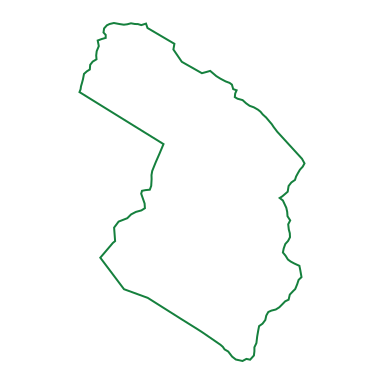 Girau do Ponciano, Alagoas, Brazil (Albers equal-area conic projection)
{"feature_id": "56859067B72153496199233", "entity_name": "Girau do Ponciano", "entity_type": "district", "adm_level": 2, "iso_a3": "BRA", "parent_name": "Brazil", "parent_adm1": "Alagoas", "projection": "albers", "projection_center": [-36.839, -9.793], "detail": "fine", "context": "isolated", "style": "outline", "palette": "green", "viewbox_px": 384, "rotation_deg": 0, "n_neighbors": 0, "source": "geoboundaries", "source_scale": "gbopen_adm2", "svg_char_len": 1947}
<svg xmlns="http://www.w3.org/2000/svg" viewBox="0 0 384 384"><path d="M297.2,284.2L298.6,279.9L301.5,277.1L300.3,270.3L299.4,265.8L296.7,264.6L294.1,263.4L290.6,261.5L287.9,259.5L285.6,255.8L282.9,252.5L283.7,248.5L285.3,244.0L288.1,240.9L290.0,237.2L289.8,233.2L288.8,229.5L288.2,224.3L290.2,220.4L287.5,216.2L287.2,211.9L286.3,207.8L284.7,204.4L282.9,200.5L279.7,198.0L282.2,196.4L284.7,194.3L287.7,191.7L288.6,186.0L291.3,182.5L295.0,179.9L296.1,176.5L298.0,173.0L300.0,169.6L302.7,166.7L304.5,163.4L302.0,158.8L277.2,131.7L273.5,126.8L271.8,124.2L269.4,121.4L266.3,117.7L262.7,114.4L260.5,111.7L258.0,109.7L253.8,107.3L249.6,105.8L246.1,103.3L242.6,100.1L237.5,98.7L234.8,97.1L235.2,93.5L236.6,90.3L233.2,89.1L231.9,84.6L229.6,82.9L225.6,81.4L220.3,78.6L216.3,76.1L210.2,70.9L207.4,71.7L201.9,73.2L185.3,63.8L181.8,61.8L173.4,49.5L174.4,43.8L147.5,28.0L146.0,23.6L141.3,25.1L138.0,24.1L134.9,24.0L131.0,23.3L127.2,24.3L123.8,24.7L119.8,24.1L113.9,23.0L109.6,24.0L106.9,25.3L104.1,28.4L103.5,32.5L105.7,34.9L105.7,37.9L101.8,39.0L97.7,40.5L98.8,46.1L96.7,51.2L96.2,55.5L96.5,59.3L92.7,61.6L90.2,64.8L89.8,69.5L86.9,71.3L84.0,73.9L83.0,79.1L82.0,82.9L81.0,86.3L80.6,89.2L79.5,92.1L163.5,144.1L159.3,154.1L155.7,162.3L152.2,171.0L151.5,175.1L151.6,179.1L151.2,185.9L149.8,189.7L145.6,190.1L142.0,190.8L141.2,193.7L144.6,203.5L144.9,208.2L141.4,210.4L135.9,211.9L131.1,214.4L127.3,218.2L118.6,221.6L114.1,227.6L115.1,241.1L112.9,242.9L100.3,257.7L124.0,289.2L137.7,294.2L147.8,297.9L180.7,318.7L197.2,329.0L201.1,331.5L203.5,333.1L220.5,344.8L222.8,346.8L224.6,349.4L228.2,351.5L232.1,356.6L235.8,359.5L242.5,361.0L246.4,358.9L250.1,359.7L253.9,355.5L254.4,351.3L254.4,347.3L256.4,343.1L257.2,336.4L258.3,330.1L259.1,326.1L262.5,323.7L265.3,320.0L266.3,315.5L268.3,312.0L271.4,310.6L275.8,309.5L279.3,307.3L282.2,304.4L285.2,301.3L288.6,299.7L289.8,294.6L293.1,291.1L295.2,289.1L297.2,284.2Z" fill="none" stroke="#15803d" stroke-width="2"/></svg>